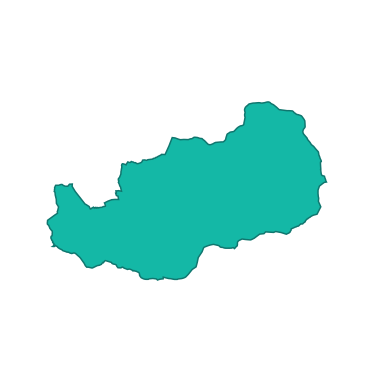 Saru Dornei, Suceava, Romania, rotated 216°
{"feature_id": "2599482B64187693083296", "entity_name": "Saru Dornei", "entity_type": "district", "adm_level": 2, "iso_a3": "ROU", "parent_name": "Romania", "parent_adm1": "Suceava", "projection": "equal_earth", "projection_center": [25.301, 47.209], "detail": "fine", "context": "isolated", "style": "filled", "palette": "teal", "viewbox_px": 384, "rotation_deg": 216, "n_neighbors": 0, "source": "geoboundaries", "source_scale": "gbopen_adm2", "svg_char_len": 5928}
<svg xmlns="http://www.w3.org/2000/svg" viewBox="0 0 384 384"><g transform="rotate(216 192 192)"><path d="M198.6,291.9L198.1,290.0L197.8,289.4L197.3,288.8L195.8,287.6L194.9,285.5L194.0,284.4L193.2,283.9L192.9,283.5L191.1,279.7L190.6,278.5L190.0,277.5L189.8,276.6L190.3,275.4L191.6,274.0L192.0,273.3L192.7,271.7L193.2,269.8L193.6,266.3L193.8,265.6L194.1,265.1L196.1,263.1L196.4,262.7L196.9,261.2L197.5,259.8L197.5,259.2L197.3,258.5L196.4,255.9L195.6,254.1L195.8,252.2L196.1,251.2L196.5,250.6L198.0,249.5L202.0,246.0L202.7,244.9L203.4,243.3L204.3,241.9L204.6,241.4L205.4,240.7L206.4,240.2L207.5,240.1L212.1,240.9L213.9,240.9L215.3,241.1L217.2,240.0L219.6,239.3L221.7,238.1L222.5,237.5L223.4,235.1L224.6,234.0L225.8,232.2L229.5,229.7L232.1,227.5L233.6,226.9L237.4,225.8L240.0,224.4L237.7,215.8L235.8,206.5L238.2,204.9L238.7,204.6L238.9,204.2L238.9,203.3L239.4,202.7L240.4,200.8L240.9,199.4L241.6,198.7L241.6,198.0L243.1,196.3L243.1,195.5L243.8,194.9L246.7,192.2L247.2,191.1L247.5,190.8L249.0,190.2L250.6,188.9L250.7,188.6L250.3,187.8L250.3,187.0L250.5,185.9L251.6,184.2L252.3,183.3L253.2,182.6L255.0,182.5L256.1,181.7L257.2,181.7L258.3,181.1L258.9,181.1L259.1,180.9L259.2,179.7L260.1,179.0L261.6,178.6L261.5,175.8L261.4,175.2L261.8,175.2L264.3,174.3L264.8,174.0L265.0,173.6L264.9,172.9L264.6,172.1L264.1,171.8L262.9,170.0L262.6,169.0L261.9,168.0L261.7,167.2L260.1,164.7L259.2,161.1L259.3,160.2L259.4,159.9L259.2,159.1L258.4,158.2L258.0,158.2L257.4,157.3L257.4,157.2L257.3,156.9L257.3,156.6L255.3,155.5L254.1,154.5L252.9,154.1L249.5,151.2L252.4,149.8L252.6,149.5L252.9,149.2L254.2,148.2L252.6,146.7L253.1,146.2L251.1,144.7L249.3,145.1L247.4,143.1L247.0,142.8L250.1,140.6L251.8,139.1L252.4,138.6L254.8,134.9L256.4,131.7L255.7,131.4L253.8,129.8L253.7,129.6L254.5,128.6L255.3,128.0L255.8,126.6L256.4,126.3L256.6,126.1L257.7,125.0L257.8,124.8L258.4,124.1L259.1,124.1L259.2,123.9L259.1,123.7L259.4,123.5L259.5,123.2L259.9,122.8L260.1,123.0L260.7,123.1L260.9,122.4L261.4,122.3L261.9,121.7L262.3,121.7L262.2,121.6L262.3,121.6L262.7,121.2L263.2,120.9L263.5,120.5L263.6,119.8L263.8,119.4L263.8,119.1L264.3,118.5L266.7,119.8L270.2,119.6L271.5,119.4L286.9,123.8L292.3,126.1L293.5,128.1L295.7,126.3L295.9,123.6L298.1,122.1L299.9,121.7L301.6,121.7L302.4,121.1L303.8,119.1L306.2,117.3L306.2,116.9L305.7,114.7L304.8,113.7L304.7,113.1L303.9,112.0L303.7,111.4L303.3,111.4L302.7,111.3L300.9,109.2L297.6,106.4L295.0,103.1L291.2,101.5L289.8,98.2L289.5,97.0L288.3,95.7L289.4,92.9L292.2,84.2L291.3,82.7L290.8,81.8L289.9,80.9L288.5,80.8L287.9,80.5L286.4,79.6L285.9,79.2L284.7,78.8L283.8,78.5L282.1,78.2L281.8,77.8L281.0,76.9L280.5,75.9L280.1,75.5L279.6,74.5L279.6,74.1L279.8,73.7L279.9,73.4L279.6,72.6L279.0,71.8L278.5,71.4L277.8,71.2L277.6,70.9L277.1,70.6L275.6,70.2L275.4,69.6L275.0,69.3L274.6,69.3L274.2,69.1L273.4,69.0L272.9,68.7L272.7,68.4L272.8,67.8L272.4,67.2L272.4,66.9L272.7,66.1L271.7,66.7L271.2,67.2L271.2,68.4L270.1,68.4L269.6,68.6L268.6,68.6L268.0,68.3L265.9,68.3L263.3,68.8L262.2,68.6L261.7,68.7L259.3,69.5L258.2,69.7L256.4,70.7L254.8,70.9L253.2,71.5L252.9,71.8L251.8,73.2L251.4,73.5L250.1,73.8L246.5,73.4L245.8,73.4L243.8,73.1L237.3,70.9L235.0,69.7L233.0,69.3L231.8,70.2L228.3,71.7L227.8,72.2L225.4,76.7L223.9,78.3L222.8,80.2L222.8,81.6L222.6,82.4L222.6,82.6L222.2,82.6L222.0,85.0L221.9,85.5L221.5,85.7L215.7,87.7L215.1,87.3L214.3,87.2L212.5,87.8L211.9,88.2L210.6,88.5L209.1,87.7L207.4,87.2L206.3,87.9L205.0,88.8L204.7,89.2L204.4,90.2L204.2,90.3L203.6,90.5L202.1,90.5L199.4,91.3L199.0,91.3L198.6,91.5L197.7,92.6L197.3,92.9L195.1,93.6L193.6,93.4L193.2,93.5L192.9,94.3L191.6,94.5L190.6,95.1L189.4,95.2L188.3,95.5L187.3,95.5L186.8,95.2L185.8,94.3L185.7,94.0L184.5,93.3L182.7,92.8L181.4,93.0L179.7,93.4L178.4,94.0L176.1,95.6L175.8,96.2L175.3,96.9L172.9,99.0L170.9,100.1L170.0,100.6L169.0,100.7L168.2,100.5L166.7,102.6L164.3,104.8L165.2,106.2L163.4,106.9L160.2,108.2L158.0,109.5L156.6,110.1L154.8,111.0L152.6,112.6L151.9,113.7L149.8,115.6L148.8,116.7L147.6,118.5L147.1,119.7L146.6,123.3L146.3,129.5L144.7,133.8L146.4,138.2L148.4,142.6L148.7,149.5L149.8,153.6L149.7,154.4L149.4,155.0L147.4,158.1L146.2,159.7L144.8,161.3L143.8,162.3L142.6,162.8L139.3,164.2L138.2,164.4L137.0,164.1L136.1,164.3L134.4,165.3L133.4,165.5L132.3,166.0L131.2,166.7L127.2,169.7L126.0,171.2L125.1,171.3L124.5,171.1L124.2,172.1L124.2,173.2L123.8,175.0L124.3,176.1L125.2,177.3L125.8,178.5L125.7,179.5L125.5,180.3L124.0,183.1L123.5,183.6L121.0,184.9L116.7,187.5L116.0,188.3L114.5,191.2L112.5,197.7L109.3,200.6L109.0,203.0L102.2,207.3L101.1,209.2L96.1,211.6L90.9,213.3L89.4,216.0L89.1,217.2L89.3,217.6L89.4,219.3L90.0,220.4L90.0,220.7L89.1,222.0L89.0,222.3L87.6,224.7L87.0,225.4L86.9,225.9L85.8,227.1L85.3,230.0L84.2,230.8L83.7,231.3L83.6,232.5L83.2,233.5L83.3,234.0L82.9,234.5L83.3,235.5L83.1,237.1L83.1,237.6L82.6,238.3L82.7,238.7L81.9,240.7L81.6,241.2L81.6,241.7L80.7,243.7L80.1,244.7L77.8,247.5L79.1,255.7L84.2,258.7L85.9,261.5L87.2,262.6L89.3,265.0L91.2,267.7L92.4,271.7L91.3,275.5L90.6,277.6L89.1,279.1L90.3,279.7L91.2,280.5L93.2,281.8L94.1,282.6L94.6,282.5L96.3,281.8L97.1,282.0L98.1,282.6L100.3,284.9L101.2,286.1L101.3,286.0L101.6,286.6L104.7,290.4L105.6,291.7L105.6,292.1L105.3,292.6L105.4,292.8L106.1,293.4L108.3,294.6L109.1,295.3L111.2,296.6L113.0,298.4L113.4,298.7L117.0,299.5L120.4,300.4L123.3,300.5L125.7,301.5L129.3,302.4L130.7,303.3L135.5,304.4L136.6,304.9L137.8,305.9L138.4,307.2L138.7,308.5L138.6,310.4L138.8,311.2L141.0,314.0L142.6,315.9L144.3,316.7L147.0,317.6L148.2,317.9L149.6,317.6L151.7,316.9L152.5,316.5L153.2,316.2L154.4,316.4L155.9,316.2L157.2,316.6L158.4,316.6L161.2,314.9L163.0,313.6L169.8,309.9L170.3,309.9L173.5,310.3L177.4,310.5L180.1,310.0L181.0,310.2L181.9,310.2L182.9,309.9L184.1,309.0L185.9,306.8L187.3,305.4L188.3,304.6L189.5,304.1L190.5,303.5L193.4,301.0L194.9,299.8L197.2,297.2L197.6,296.6L197.8,296.1L197.9,295.0L197.9,294.4L198.3,293.8L198.4,293.4L198.4,292.8L198.6,291.9Z" fill="#14b8a6" stroke="#0f766e" stroke-width="1.5"/></g></svg>